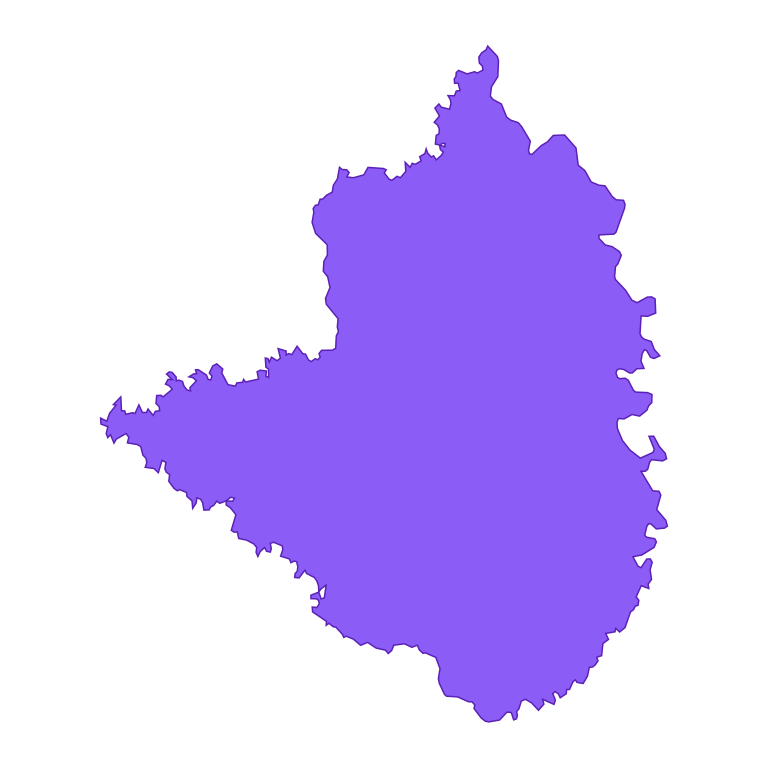 Ortigueira, Paraná, Brazil
{"feature_id": "56859067B19846476381832", "entity_name": "Ortigueira", "entity_type": "district", "adm_level": 2, "iso_a3": "BRA", "parent_name": "Brazil", "parent_adm1": "Paraná", "projection": "equal_earth", "projection_center": [-50.979, -24.105], "detail": "fine", "context": "isolated", "style": "filled", "palette": "violet", "viewbox_px": 768, "rotation_deg": 0, "n_neighbors": 0, "source": "geoboundaries", "source_scale": "gbopen_adm2", "svg_char_len": 6108}
<svg xmlns="http://www.w3.org/2000/svg" viewBox="0 0 768 768"><path d="M647.3,297.1L637.1,302.7L631.8,300.1L625.6,290.3L615.5,279.6L614.6,276.7L615.5,266.6L617.8,264.0L621.3,255.4L619.5,251.6L612.0,246.6L605.3,245.0L599.0,238.5L599.0,234.9L614.0,234.1L616.0,232.2L624.6,208.0L625.0,204.2L623.5,200.3L616.1,199.8L612.2,196.5L605.0,185.8L598.9,185.2L591.2,182.0L584.8,170.5L578.2,165.2L576.0,148.0L564.6,135.0L553.3,135.4L547.4,141.9L541.4,145.5L532.0,154.4L529.5,153.8L528.5,150.4L530.3,141.2L521.7,126.7L518.3,122.7L510.6,120.1L506.6,117.0L501.4,104.0L493.2,99.6L490.3,96.2L491.5,86.7L497.8,76.7L498.5,60.7L497.3,56.4L487.7,46.1L486.1,49.8L481.7,52.8L478.8,57.1L479.3,63.0L482.4,66.2L482.9,70.1L477.0,73.1L474.7,71.7L467.1,73.9L458.6,70.4L456.3,72.5L455.9,76.6L454.2,79.1L454.6,83.3L458.1,83.1L460.1,90.6L456.3,91.0L454.5,95.8L448.0,95.6L450.4,99.7L451.0,103.7L449.5,109.2L441.3,107.2L438.9,104.0L434.9,108.1L439.5,116.0L434.2,122.3L437.5,124.9L439.3,128.9L439.0,133.8L436.2,135.4L435.4,144.1L439.5,145.0L440.4,149.6L443.3,152.0L441.5,155.2L436.3,159.9L433.6,155.8L431.3,157.0L427.6,153.0L426.2,148.9L424.9,153.6L419.7,156.7L421.2,160.9L415.2,164.3L412.2,163.3L410.2,167.4L405.2,162.3L405.8,171.5L400.4,177.7L397.0,176.3L391.9,180.3L389.1,179.2L384.3,172.9L386.2,169.8L383.4,168.5L368.0,167.4L363.8,174.9L353.5,177.7L346.8,177.0L349.1,172.5L346.7,169.8L342.2,169.5L339.5,167.3L337.4,178.9L333.3,185.4L332.3,192.1L326.5,195.2L322.7,199.1L320.1,199.2L318.3,204.7L315.4,205.3L313.2,208.5L313.8,212.3L312.1,222.4L315.6,233.4L327.2,244.7L327.4,255.0L323.9,261.4L323.3,271.2L327.7,276.8L330.0,287.5L325.5,298.5L326.3,304.3L338.1,318.7L337.3,326.9L338.4,331.7L336.3,335.9L335.7,348.3L332.3,350.2L321.6,350.3L319.0,353.6L320.2,357.3L317.7,359.8L315.1,358.7L311.3,361.6L308.3,359.8L305.6,354.2L302.7,353.6L297.1,346.2L291.8,354.6L288.7,353.6L286.1,355.0L286.1,351.0L278.1,348.6L280.4,358.2L277.1,360.7L271.5,357.2L269.3,362.0L268.0,358.7L265.3,358.0L265.9,367.2L268.5,369.1L268.6,377.4L265.9,376.3L266.4,371.0L260.1,370.2L257.1,371.8L258.6,379.1L245.5,382.0L243.6,379.4L242.6,382.3L236.8,382.9L235.4,386.1L228.0,384.7L221.7,372.8L222.8,369.1L216.7,363.8L212.7,366.0L209.3,373.0L211.9,376.0L210.9,379.9L208.2,379.5L206.4,375.0L198.1,369.6L195.5,369.8L196.6,373.8L193.8,373.8L189.0,376.8L193.0,377.7L196.4,380.8L189.9,387.7L190.6,390.9L187.0,389.9L184.0,386.1L182.5,381.5L178.8,380.1L176.3,380.9L176.1,377.0L172.1,372.4L169.3,371.9L166.5,374.0L172.3,379.7L168.1,379.3L165.5,384.1L169.4,385.9L172.2,389.3L163.1,396.9L161.0,395.3L156.7,395.5L156.0,403.6L159.0,406.3L159.7,410.7L155.4,411.3L153.1,415.4L148.0,409.0L146.5,412.5L142.4,412.5L138.9,404.9L135.0,413.5L132.6,412.7L125.7,414.3L124.8,410.9L121.5,410.7L120.8,396.9L113.4,404.6L116.1,405.1L109.6,413.3L106.8,421.2L100.6,418.1L101.0,424.1L107.9,426.7L106.2,433.5L107.8,437.6L110.5,434.7L114.0,443.1L116.3,439.1L126.1,433.5L128.8,437.3L127.4,442.9L137.1,444.5L140.7,446.5L142.9,455.1L146.2,458.5L146.7,463.1L145.2,467.3L154.0,468.5L158.3,472.7L162.0,460.4L165.9,462.4L164.9,468.9L166.3,472.2L169.6,474.5L168.8,481.3L174.0,488.4L177.4,490.8L179.7,489.6L186.5,492.5L187.0,496.5L192.0,500.9L192.7,508.3L196.2,503.0L196.8,497.9L200.6,499.2L202.6,502.6L203.9,510.1L209.2,509.9L210.5,507.1L213.6,505.5L216.8,501.1L219.7,503.3L226.2,500.9L226.2,505.0L230.3,507.7L235.9,514.7L231.3,530.3L233.9,532.1L237.3,532.0L238.7,538.5L246.5,540.1L253.8,543.9L256.7,547.4L256.1,552.4L257.9,556.5L260.1,551.7L264.6,547.5L266.6,551.3L270.3,552.1L271.3,548.7L270.3,543.3L273.7,542.3L282.3,545.9L282.8,549.5L280.6,556.2L289.3,558.9L291.0,562.7L294.2,561.0L296.7,561.8L297.8,566.8L297.3,571.1L295.1,573.7L294.7,577.5L299.1,577.9L304.9,570.2L306.6,573.5L314.4,577.5L316.9,581.0L318.5,585.8L318.8,592.1L310.9,595.2L311.0,598.7L316.2,598.8L318.4,600.1L319.3,603.6L316.9,607.5L312.2,607.0L312.6,611.9L326.5,621.4L326.2,625.3L329.0,623.3L333.3,626.8L335.8,627.1L342.5,634.4L343.7,637.4L346.2,636.2L353.3,639.1L360.6,645.3L367.6,642.4L376.0,648.0L385.5,650.2L388.2,653.5L391.6,650.6L393.8,645.2L404.5,643.8L411.9,647.3L417.4,645.2L419.3,649.9L423.0,653.3L425.3,652.8L435.8,657.4L440.0,668.7L438.4,678.6L439.3,683.3L444.4,694.2L446.5,696.2L457.6,696.9L468.3,701.7L472.1,701.9L474.8,705.0L474.0,708.5L481.2,718.0L485.3,721.2L488.9,721.9L499.6,720.0L507.0,712.1L511.3,712.5L513.7,719.9L516.5,718.8L517.4,715.4L516.6,711.6L518.9,708.9L521.3,701.1L525.4,699.3L531.6,702.9L538.5,710.3L543.9,704.1L542.6,699.3L554.0,704.4L555.4,700.1L552.8,693.7L555.0,691.5L558.4,693.9L560.2,697.8L566.3,693.7L566.6,689.5L569.5,689.5L573.0,681.7L575.5,679.8L577.0,682.4L583.1,683.5L587.4,676.4L589.3,667.4L592.6,667.0L595.3,664.8L598.0,660.8L596.7,657.2L601.6,655.7L602.9,643.6L608.5,639.4L605.7,633.4L615.0,631.8L615.8,628.4L619.6,632.0L625.0,627.6L630.5,611.9L633.5,609.7L635.3,606.1L638.0,605.4L638.8,600.3L636.2,596.9L641.2,585.7L648.8,588.5L648.1,584.1L651.5,579.5L650.1,569.7L652.2,562.3L650.3,558.9L646.7,559.1L641.1,567.6L638.1,566.3L632.9,556.7L641.8,555.0L654.1,547.4L656.4,541.8L654.7,538.7L646.8,537.3L644.7,535.3L646.8,526.4L648.6,523.7L651.0,524.0L656.3,528.9L664.5,528.1L667.4,526.2L665.8,520.3L656.7,509.6L660.8,495.1L659.0,491.3L652.7,490.8L641.0,471.3L645.2,471.3L647.7,469.3L649.6,462.3L651.6,459.7L662.6,460.9L666.6,458.8L665.2,453.3L659.3,446.5L653.7,436.2L649.0,436.3L654.3,449.3L652.9,452.5L640.3,458.1L630.0,450.1L622.4,440.5L617.4,428.5L617.0,422.5L618.3,418.5L624.1,418.9L632.1,414.5L639.6,416.1L646.9,410.2L648.6,405.8L651.7,402.7L652.0,394.5L647.5,392.6L635.7,392.1L633.4,390.3L628.3,380.3L625.1,378.2L619.8,378.7L617.5,377.4L616.0,373.1L616.9,370.0L619.6,368.8L623.6,369.4L629.6,373.0L632.4,372.9L636.8,368.8L644.0,368.4L641.0,361.3L642.1,353.9L644.3,349.8L646.6,350.5L650.5,357.2L654.0,358.5L659.8,355.8L654.3,349.5L651.3,341.6L644.3,339.2L641.7,337.2L640.0,333.7L641.1,315.9L647.6,316.3L655.7,313.1L655.1,298.9L651.6,296.9L647.3,297.1ZM318.8,592.1L320.8,589.1L326.1,585.1L324.3,597.9L321.1,598.9L318.8,592.1ZM226.2,500.9L230.6,497.3L234.5,498.0L232.7,501.3L226.2,500.9ZM439.5,145.0L442.7,143.3L445.1,143.6L444.8,146.8L439.5,145.0Z" fill="#8b5cf6" stroke="#5b21b6" stroke-width="1.5"/></svg>